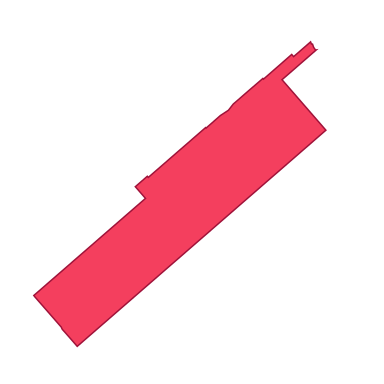 Navajo, Arizona, United States of America, rotated 229°
{"feature_id": "52423323B83526967033235", "entity_name": "Navajo", "entity_type": "district", "adm_level": 2, "iso_a3": "USA", "parent_name": "United States of America", "parent_adm1": "Arizona", "projection": "mercator", "projection_center": [-110.189, 35.286], "detail": "fine", "context": "isolated", "style": "filled", "palette": "rose", "viewbox_px": 384, "rotation_deg": 229, "n_neighbors": 0, "source": "geoboundaries", "source_scale": "gbopen_adm2", "svg_char_len": 632}
<svg xmlns="http://www.w3.org/2000/svg" viewBox="0 0 384 384"><g transform="rotate(229 192 192)"><path d="M150.8,4.1L150.8,36.5L150.8,218.1L150.8,255.6L150.8,255.9L150.8,303.1L150.8,305.0L150.8,333.6L217.7,333.6L217.7,379.0L218.1,378.4L221.3,378.7L224.6,380.0L225.3,379.2L227.5,380.0L227.5,357.5L230.4,357.5L230.3,320.0L231.2,320.0L231.3,302.9L231.3,282.4L231.3,280.8L229.8,273.1L231.1,263.6L231.0,244.5L231.7,244.5L231.7,228.9L231.7,206.6L231.7,168.6L233.2,168.6L233.2,152.7L217.7,152.7L217.7,4.7L215.8,4.6L175.8,4.7L174.0,4.1L173.1,4.0L164.3,4.1L161.9,4.1L150.8,4.1Z" fill="#f43f5e" stroke="#9f1239" stroke-width="1.5"/></g></svg>